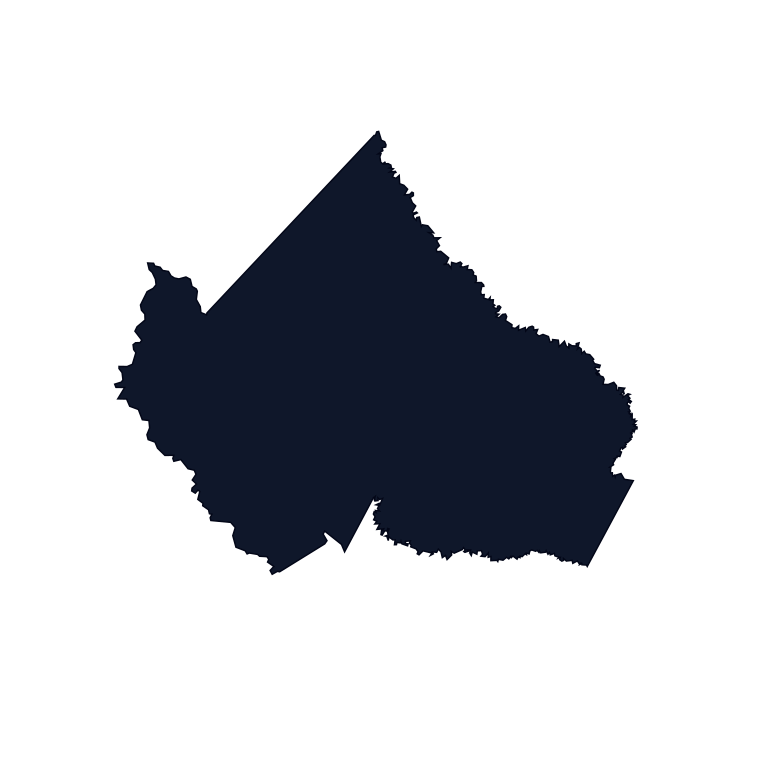 outline of Aguarico, Orellana, Ecuador, rotated 208°
{"feature_id": "8360857B665042104792", "entity_name": "Aguarico", "entity_type": "district", "adm_level": 2, "iso_a3": "ECU", "parent_name": "Ecuador", "parent_adm1": "Orellana", "projection": "mercator", "projection_center": [-76.096, -0.984], "detail": "fine", "context": "isolated", "style": "filled", "palette": "ink", "viewbox_px": 768, "rotation_deg": 208, "n_neighbors": 0, "source": "geoboundaries", "source_scale": "gbopen_adm2", "svg_char_len": 6171}
<svg xmlns="http://www.w3.org/2000/svg" viewBox="0 0 768 768"><g transform="rotate(208 384 384)"><path d="M616.7,262.5L621.7,257.4L619.1,255.2L611.3,259.2L612.1,245.9L604.2,249.9L598.1,245.0L588.9,246.2L580.6,239.0L574.4,241.4L570.3,235.2L569.5,227.9L566.1,224.2L558.9,225.2L553.8,221.0L543.9,218.1L536.1,222.4L535.5,219.1L533.3,217.1L527.9,221.9L517.2,217.2L511.1,218.8L507.6,216.0L508.2,209.2L502.6,207.6L504.6,202.0L503.6,199.3L499.4,199.0L498.5,202.9L496.2,202.7L494.2,194.7L487.8,193.7L486.9,191.4L479.9,190.6L477.2,187.5L474.8,188.2L474.7,184.3L472.8,182.2L454.4,189.9L447.9,187.4L446.3,179.1L438.1,170.4L428.3,171.6L425.1,169.7L423.6,171.5L415.6,174.2L413.0,173.5L406.3,176.6L403.4,175.1L403.2,172.1L395.6,171.2L397.0,165.9L393.4,163.5L390.2,168.5L388.0,169.2L361.3,215.0L360.8,218.9L367.3,222.9L367.3,226.3L346.2,222.4L340.0,217.3L340.0,278.7L339.0,280.7L338.3,277.4L337.0,276.0L337.6,277.9L336.6,276.8L334.5,278.3L336.0,280.6L333.7,280.0L331.5,282.3L330.9,275.3L332.2,276.4L334.3,273.6L331.5,274.5L331.2,270.9L328.4,269.8L332.2,268.3L330.6,266.8L332.7,266.6L332.3,264.2L329.5,262.6L329.4,259.2L325.9,259.4L326.4,256.1L322.0,258.7L322.0,252.3L316.3,256.1L316.3,254.2L317.7,254.3L316.0,249.6L314.7,249.7L314.4,254.8L312.3,255.5L312.9,258.2L311.4,258.5L311.1,254.6L309.4,252.7L311.4,250.4L310.0,250.8L306.7,247.8L308.0,251.3L302.9,250.5L301.0,251.7L299.3,247.0L297.6,248.0L298.2,250.2L295.0,251.4L295.3,253.3L293.2,251.3L287.2,252.2L287.6,254.1L290.5,253.4L291.2,255.2L287.0,257.8L286.9,255.3L284.4,254.7L284.0,252.8L278.3,253.5L275.1,251.9L275.0,249.7L272.9,249.6L271.2,255.0L262.3,257.3L262.5,254.6L260.7,257.2L262.5,258.5L258.5,260.1L258.5,263.7L254.8,262.5L251.0,258.1L249.2,261.5L245.9,258.6L244.0,264.8L246.1,267.8L242.6,267.6L237.2,274.5L236.9,276.9L234.3,275.5L234.9,273.5L233.5,273.4L230.8,276.3L232.5,276.5L229.5,278.1L229.0,275.1L227.5,275.9L227.8,274.3L226.4,273.5L227.2,277.1L222.1,277.3L223.3,280.5L219.7,282.6L217.0,279.9L217.5,277.5L213.7,279.0L212.6,283.7L210.7,279.9L208.6,281.9L206.7,278.2L201.5,281.3L200.2,280.7L200.7,282.9L196.2,284.3L194.4,288.5L191.7,288.2L191.1,291.4L190.1,290.5L189.4,292.6L184.3,291.8L184.3,294.3L182.4,294.6L183.2,295.9L181.0,296.4L179.7,300.3L178.1,300.2L179.0,301.5L176.1,302.1L176.9,305.0L175.7,306.8L171.6,307.5L170.7,309.0L168.2,308.1L168.5,309.6L166.4,308.5L162.5,311.3L162.6,313.0L159.3,310.7L158.8,313.0L157.0,311.2L154.0,314.4L152.4,312.5L148.2,313.2L148.4,312.0L146.9,313.6L146.4,311.4L143.8,311.1L142.7,312.5L143.6,314.2L139.9,313.3L135.1,316.6L133.1,314.3L130.2,318.6L127.3,317.0L126.4,317.9L126.4,316.6L125.1,318.3L124.4,317.3L120.2,319.2L118.9,318.3L118.5,415.7L127.0,412.7L132.7,416.2L136.6,412.3L136.2,410.4L137.6,411.8L138.8,409.8L140.7,412.8L142.0,411.9L143.1,413.2L144.5,416.8L145.6,416.5L143.4,420.5L144.7,421.6L144.4,426.0L145.7,426.2L143.7,428.4L144.3,429.7L141.7,430.7L142.4,435.4L144.6,435.5L144.8,438.9L143.9,439.9L142.9,438.6L141.2,442.0L142.6,442.3L141.7,444.3L143.3,445.5L141.5,446.7L139.9,451.2L141.3,451.6L140.0,453.7L142.4,456.2L141.2,457.0L143.0,456.8L142.1,458.8L143.4,460.7L140.7,459.0L141.1,462.4L139.6,463.1L140.3,464.8L143.2,464.3L142.6,466.2L145.1,465.3L143.8,469.8L145.6,468.9L146.1,470.7L148.2,469.1L150.6,473.7L151.1,471.5L152.1,473.9L153.7,472.1L153.3,473.8L155.0,474.2L153.9,475.6L156.6,477.5L156.7,479.7L159.6,479.9L160.4,481.7L159.7,483.1L157.7,482.7L157.4,484.7L160.3,485.2L161.3,484.1L160.2,486.9L163.6,488.1L162.0,490.3L164.0,489.9L166.8,484.3L167.8,486.4L170.4,485.8L169.6,488.8L167.0,487.8L169.7,490.6L169.5,493.3L175.0,491.1L174.0,488.4L175.6,487.8L177.9,491.6L181.9,493.4L185.8,488.8L190.5,486.5L191.9,491.6L194.0,493.1L196.9,492.6L199.4,494.3L201.1,493.7L199.0,492.7L199.7,491.8L202.1,492.9L199.9,497.3L201.8,495.4L205.3,496.8L205.4,497.9L201.5,499.5L201.9,502.1L207.7,500.8L210.9,502.8L210.5,504.3L216.1,506.5L219.9,505.3L222.6,506.9L223.6,503.7L226.3,507.5L228.7,508.0L229.6,505.7L231.1,511.9L233.2,509.9L232.1,507.8L236.0,506.0L239.6,506.2L237.8,502.6L240.9,503.1L244.8,506.5L246.9,499.2L250.7,504.5L256.0,502.4L255.1,500.5L257.0,498.9L261.1,503.1L266.9,502.4L269.7,499.0L273.4,499.9L273.9,504.3L277.1,502.0L278.7,504.5L280.3,504.6L282.7,502.1L283.7,497.3L285.8,500.2L290.4,494.6L292.4,498.6L294.2,494.7L297.7,493.7L298.8,496.4L306.6,497.1L307.3,501.1L309.6,502.8L312.0,501.1L313.5,496.6L316.7,495.9L315.2,499.6L318.6,498.4L319.0,499.4L317.0,502.3L316.9,506.6L319.0,507.1L320.2,505.9L319.2,503.8L321.8,503.0L324.0,503.5L323.1,505.5L325.4,505.8L327.0,509.7L330.0,507.9L330.9,510.2L331.5,507.6L336.2,506.6L337.5,510.0L340.0,508.5L341.9,510.7L343.5,516.1L341.7,517.1L342.5,518.2L345.6,519.3L351.1,516.4L350.9,518.7L353.3,522.5L356.5,522.1L357.2,524.6L360.1,526.1L364.4,524.1L365.4,527.8L369.4,524.0L371.3,524.3L371.8,522.4L371.8,526.9L373.9,527.5L376.7,524.2L381.4,523.1L379.2,517.7L383.5,520.0L387.7,517.3L385.6,519.9L386.1,525.7L396.2,527.8L399.4,525.6L401.3,527.8L400.0,532.2L404.9,535.3L403.2,539.4L408.6,536.5L410.7,538.3L415.5,538.7L411.1,540.8L419.6,544.3L424.8,542.6L425.0,540.6L431.2,548.0L433.2,546.4L432.4,543.7L436.1,544.9L437.6,547.0L434.9,550.7L436.1,551.0L438.2,548.5L439.8,549.2L439.6,556.1L444.0,557.3L448.4,560.9L446.5,564.1L447.8,566.5L449.4,566.5L450.4,563.4L454.8,560.6L454.6,567.1L459.8,568.8L464.2,568.2L468.5,575.3L470.0,571.2L473.8,570.8L474.1,575.1L472.8,576.4L473.8,577.1L478.6,573.7L476.8,578.4L480.7,577.2L479.4,578.9L480.7,580.5L483.9,580.5L487.1,578.4L487.1,580.8L488.6,577.8L491.0,578.3L494.3,582.6L494.8,585.8L497.2,584.4L494.6,589.5L496.6,591.7L493.8,594.0L494.5,596.1L497.2,598.2L500.8,598.0L507.3,604.5L508.8,603.2L508.2,599.5L509.4,598.9L573.7,363.6L573.1,361.8L579.2,361.1L582.6,366.1L589.4,370.5L592.4,378.3L594.4,379.8L599.3,380.0L604.2,385.5L609.1,385.5L614.4,380.5L618.8,379.2L622.9,379.5L627.2,382.2L632.8,380.3L636.5,382.0L641.8,380.6L644.1,382.4L649.5,379.9L645.0,374.8L641.0,373.7L635.1,369.3L631.8,364.6L632.7,360.1L636.5,354.4L636.1,339.4L632.8,335.3L628.0,333.5L625.0,328.3L628.9,318.6L628.7,313.7L618.4,309.0L618.8,306.0L622.7,303.8L624.0,300.9L621.2,296.9L617.8,295.2L615.4,283.3L619.0,278.8L626.2,275.1L625.2,273.2L620.6,271.1L616.5,265.2L616.7,262.5Z" fill="#0f172a" stroke="#020617" stroke-width="1.5"/></g></svg>